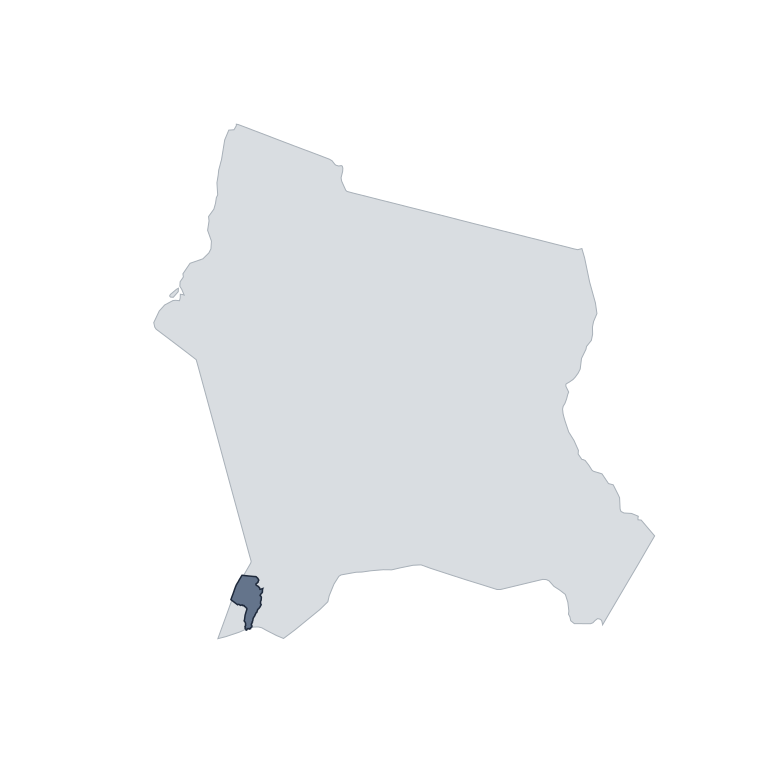 location of Lafey, North-Eastern, Kenya, rotated 165°
{"feature_id": "3690345B88001194641971", "entity_name": "Lafey", "entity_type": "district", "adm_level": 2, "iso_a3": "KEN", "parent_name": "Kenya", "parent_adm1": "North-Eastern", "projection": "mercator", "projection_center": [41.132, 3.486], "detail": "fine", "context": "in_parent", "style": "filled", "palette": "slate", "viewbox_px": 768, "rotation_deg": 165, "n_neighbors": 0, "source": "geoboundaries", "source_scale": "gbopen_adm2", "svg_char_len": 7129}
<svg xmlns="http://www.w3.org/2000/svg" viewBox="0 0 768 768"><g transform="rotate(165 384 384)"><path d="M157.8,463.6L157.6,453.9L159.0,429.3L158.8,407.7L160.1,396.9L165.4,390.1L167.9,385.1L169.6,378.1L172.4,372.5L178.7,367.8L179.9,365.3L186.6,357.6L190.6,347.7L193.6,344.3L197.4,341.2L200.1,339.5L204.5,337.9L207.9,337.0L208.6,336.2L208.9,334.6L207.7,328.4L209.2,326.4L211.5,322.3L214.2,318.5L216.7,316.1L218.0,313.6L218.7,309.2L218.8,306.2L218.7,301.2L218.0,289.8L215.1,280.3L213.4,269.6L214.6,266.1L212.4,259.9L211.3,259.5L209.5,258.1L207.1,252.3L205.4,246.9L204.3,245.5L196.7,240.8L192.9,229.7L188.7,227.3L186.4,216.3L185.9,213.1L188.3,202.1L188.1,199.6L185.6,197.3L178.4,194.9L172.6,190.4L173.4,188.8L173.8,187.1L170.8,186.0L161.9,167.2L173.3,155.9L184.8,144.4L199.6,129.9L213.1,116.6L224.8,105.1L235.2,94.8L235.0,96.8L235.0,99.4L236.3,101.0L238.4,102.1L241.4,100.9L244.0,99.3L246.6,99.0L262.2,103.3L264.9,107.0L264.7,111.0L265.4,113.9L264.2,116.8L262.9,125.7L263.3,133.8L267.9,139.8L272.2,144.5L275.5,151.1L277.9,153.1L281.3,154.2L292.1,154.5L308.1,154.9L323.4,155.3L324.8,155.4L328.1,156.3L342.2,165.3L355.1,173.4L366.1,180.5L376.7,187.4L387.0,194.1L395.0,199.7L402.9,201.4L415.7,202.2L424.6,202.5L432.8,204.8L445.0,207.0L454.1,208.1L459.6,209.4L474.9,210.7L477.4,209.9L484.1,203.7L491.7,193.7L494.6,188.2L504.4,182.7L521.5,175.0L533.5,169.6L546.9,164.2L553.0,168.9L561.4,176.5L565.2,180.2L568.2,181.8L572.8,183.0L578.3,183.0L581.4,182.8L587.6,181.8L602.1,180.9L610.4,181.0L603.4,191.0L595.0,203.0L579.6,225.1L567.9,236.7L559.1,245.5L558.2,247.1L558.3,256.9L558.4,280.8L558.6,328.6L558.7,376.4L558.9,424.2L559.0,448.1L559.1,456.1L566.8,466.2L574.4,476.0L584.5,489.0L589.9,495.9L590.7,498.3L590.5,502.9L582.2,512.7L575.4,517.1L566.3,519.2L563.6,518.8L560.0,517.4L558.6,519.8L557.5,523.4L555.5,522.6L554.0,521.6L554.9,528.0L555.9,531.2L554.5,535.5L550.1,539.3L549.7,542.5L540.1,550.8L526.5,551.8L519.3,555.9L516.2,559.3L513.7,566.7L514.6,578.1L510.8,586.8L510.1,591.2L503.1,596.9L500.0,602.1L497.7,607.4L495.7,609.7L493.3,621.6L490.0,628.9L489.1,631.3L488.3,633.4L485.8,637.7L484.2,640.6L483.0,642.5L474.7,661.0L468.2,669.4L463.1,668.4L459.8,671.7L459.4,673.2L457.6,672.3L453.4,669.3L444.7,663.0L436.0,656.7L427.3,650.4L418.6,644.1L409.9,637.8L401.1,631.5L392.4,625.3L383.7,619.0L378.6,615.3L376.4,613.1L374.6,608.8L373.7,607.7L371.4,606.3L368.7,606.0L367.9,605.2L367.9,603.1L368.9,600.1L372.1,594.3L372.4,591.0L371.8,587.1L370.8,581.0L369.9,579.6L364.2,576.3L352.1,569.6L340.0,562.8L327.9,556.1L315.8,549.3L303.7,542.6L291.6,535.8L279.5,529.1L267.5,522.3L255.4,515.5L243.3,508.8L231.2,502.0L219.1,495.3L207.0,488.5L194.9,481.8L182.8,475.0L170.7,468.3L166.2,465.7L162.1,463.6L157.8,463.6ZM559.9,529.2L557.8,529.7L558.9,526.4L565.1,522.3L567.7,523.2L568.2,524.2L568.0,525.0L567.0,525.9L559.9,529.2Z" fill="#d9dde1" stroke="#a8b0b8" stroke-width="1"/><path d="M587.7,215.3L582.6,208.7L582.3,208.9L582.0,208.9L581.8,208.9L581.6,208.8L581.3,208.6L581.2,208.5L581.0,208.4L580.8,208.4L580.6,208.3L580.5,208.1L580.5,207.9L580.3,207.7L580.1,207.5L580.0,207.3L579.8,207.3L579.6,207.3L579.3,207.3L579.1,207.3L578.8,207.3L578.7,207.3L578.4,207.4L578.1,207.3L578.0,207.1L577.8,206.6L577.6,206.4L577.3,206.4L577.0,206.5L576.8,206.4L576.6,206.3L576.4,206.1L576.4,205.9L576.4,205.7L576.4,205.4L576.2,205.2L575.7,204.6L575.4,204.4L575.3,204.2L575.2,203.8L575.1,203.6L575.0,203.4L574.9,203.2L574.7,203.1L574.6,202.6L574.7,202.2L574.8,201.8L575.0,201.5L576.7,198.8L577.7,197.1L577.8,197.0L578.1,196.4L579.7,192.5L580.4,191.4L579.7,189.6L579.7,189.1L579.7,188.8L579.7,188.5L579.7,188.4L579.7,188.2L579.8,188.0L579.9,187.9L580.0,187.6L580.0,187.4L580.0,187.2L580.0,186.8L580.2,186.5L580.5,186.2L580.9,186.0L581.0,185.8L581.1,185.6L580.9,185.3L580.8,184.9L581.0,184.8L581.2,184.6L581.3,184.5L581.4,184.2L581.4,183.6L581.3,183.4L581.1,183.1L580.9,183.0L580.8,182.9L580.7,182.8L580.6,182.5L580.7,182.3L580.9,182.0L580.8,181.9L580.4,181.9L580.4,182.1L580.3,182.4L580.2,182.5L579.8,182.5L579.6,182.7L579.5,182.8L579.3,182.8L579.1,182.8L578.9,183.0L578.7,183.0L578.3,182.7L578.3,182.8L578.1,182.8L577.9,182.7L577.7,182.7L577.3,182.4L577.2,182.2L576.9,182.3L577.0,182.4L577.1,182.5L576.8,182.6L576.7,182.5L576.4,182.6L576.2,182.5L576.3,182.4L576.2,182.3L575.9,182.8L575.8,183.1L575.6,183.3L575.3,183.4L575.0,183.5L574.8,183.6L574.5,183.7L574.4,183.9L574.2,184.2L574.2,184.6L574.2,185.0L574.3,185.2L574.4,185.4L574.5,185.5L574.4,185.6L574.4,186.0L574.3,186.4L574.2,186.6L574.0,186.8L573.7,186.8L573.3,187.4L573.0,188.2L572.7,188.2L572.7,188.3L572.5,188.8L572.3,189.0L572.0,189.3L571.9,189.6L571.8,190.0L571.5,190.5L571.3,190.9L571.2,191.1L571.2,191.3L571.0,191.5L570.8,191.7L570.8,191.8L570.7,191.9L570.5,192.1L570.3,192.2L570.2,192.4L570.1,192.5L569.9,192.7L569.6,192.9L569.4,193.1L569.1,193.3L568.9,193.5L568.7,193.7L568.6,193.9L568.6,194.1L568.5,194.3L568.3,194.4L568.1,194.5L567.9,194.8L567.6,195.1L567.4,195.4L567.2,195.7L567.1,195.8L566.9,195.9L566.9,196.0L566.7,196.1L566.4,196.3L566.1,196.3L566.0,196.5L565.9,196.6L565.7,196.7L565.7,196.8L565.5,197.1L565.4,197.3L565.2,197.6L564.7,198.3L564.5,198.6L564.4,198.7L564.4,198.8L564.2,198.9L564.1,199.0L563.9,199.1L563.5,199.3L563.1,199.5L562.8,199.6L562.7,199.7L562.6,199.9L562.5,200.0L562.4,200.1L562.2,200.2L561.9,200.4L561.8,200.5L561.7,200.5L561.3,201.0L561.1,201.1L561.0,201.4L560.7,201.6L560.5,201.8L560.3,202.0L560.2,202.1L560.0,202.3L559.9,202.4L559.8,202.6L559.7,202.8L559.7,203.0L559.8,203.2L560.0,203.6L560.1,204.0L560.0,204.5L559.9,204.7L559.7,205.0L559.5,205.7L559.5,205.9L559.4,206.2L559.2,206.4L558.9,206.6L558.7,206.8L558.6,207.1L558.5,207.3L558.4,207.6L558.2,208.1L558.0,208.7L557.9,209.0L557.7,209.5L557.6,209.9L557.7,210.2L557.8,210.5L557.8,210.8L557.9,211.0L558.2,211.3L558.3,211.4L558.3,211.6L558.3,211.8L558.4,212.0L558.1,212.3L557.8,212.5L557.7,212.6L557.5,212.8L557.4,212.9L557.3,213.0L557.2,213.0L556.9,213.3L556.7,213.4L556.6,213.5L556.3,213.6L556.2,213.6L555.7,214.0L555.4,214.3L555.3,214.5L555.2,214.6L555.2,214.8L555.2,215.0L555.2,215.3L555.0,215.5L555.0,215.8L554.7,216.3L554.4,217.1L554.4,217.3L554.3,217.6L554.1,217.8L554.4,217.8L554.7,217.7L555.0,217.7L556.3,217.7L556.4,217.8L556.6,217.8L556.8,217.8L557.0,217.8L557.0,218.2L557.0,218.6L557.0,219.0L556.9,219.2L556.9,219.3L557.0,219.5L557.5,220.1L557.6,220.4L557.7,220.6L557.6,220.9L558.0,221.2L558.4,221.5L559.0,222.3L559.3,222.4L559.5,222.7L559.5,223.1L559.6,223.5L559.5,223.8L559.2,224.2L559.0,224.3L558.9,224.3L558.5,224.4L558.3,224.4L558.2,224.5L557.8,224.8L557.5,224.9L557.4,224.9L557.3,225.0L557.2,225.1L556.8,225.3L556.8,225.5L556.7,225.7L556.7,226.0L556.3,226.3L556.0,226.6L555.8,226.8L555.8,227.1L555.8,227.4L555.8,227.6L556.0,228.2L556.2,228.6L556.2,228.8L556.2,229.0L556.4,229.2L556.5,229.3L556.7,229.7L556.7,229.8L556.9,230.1L557.2,230.5L557.3,230.8L557.5,231.0L558.1,231.3L559.4,231.7L564.5,233.6L568.6,235.2L570.6,236.0L571.6,235.1L572.9,233.8L574.3,232.5L575.7,231.0L576.2,230.5L577.3,229.5L578.8,228.0L579.2,227.4L579.8,226.7L580.9,225.1L581.9,223.7L582.7,222.4L582.9,222.2L583.9,220.7L584.9,219.3L586.0,217.8L586.9,216.5L587.7,215.3Z" fill="#64748b" stroke="#1e293b" stroke-width="1.5"/></g></svg>